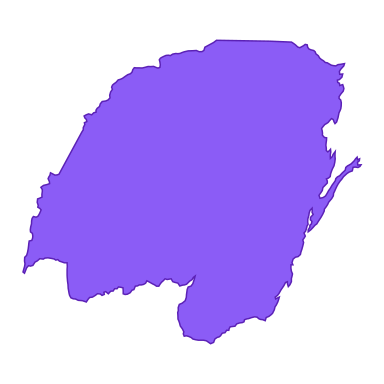 Jaguaribe, Ceará, Brazil (orthographic projection)
{"feature_id": "56859067B94931257092232", "entity_name": "Jaguaribe", "entity_type": "district", "adm_level": 2, "iso_a3": "BRA", "parent_name": "Brazil", "parent_adm1": "Ceará", "projection": "orthographic", "projection_center": [-38.68, -5.978], "detail": "fine", "context": "isolated", "style": "filled", "palette": "violet", "viewbox_px": 384, "rotation_deg": 0, "n_neighbors": 0, "source": "geoboundaries", "source_scale": "gbopen_adm2", "svg_char_len": 5925}
<svg xmlns="http://www.w3.org/2000/svg" viewBox="0 0 384 384"><path d="M265.2,320.7L266.2,317.5L268.9,316.4L271.0,314.8L272.5,313.4L274.3,309.8L275.0,306.9L276.3,305.0L277.8,301.9L278.7,299.3L279.3,297.1L275.6,298.9L275.2,297.1L277.4,295.5L278.9,293.6L281.1,289.7L282.5,287.7L283.9,285.6L285.5,282.5L287.4,281.7L287.4,283.7L288.3,286.6L289.9,284.8L291.4,281.7L291.4,278.5L292.0,276.3L292.5,273.9L291.4,271.2L290.9,268.1L291.0,264.8L292.9,264.8L292.0,262.7L293.1,259.1L295.4,257.2L298.1,256.6L300.4,254.5L300.9,252.1L301.9,249.2L302.8,245.9L303.6,242.5L302.8,239.9L304.3,237.8L305.3,236.1L304.0,233.0L305.5,231.3L306.3,229.0L307.0,226.1L308.1,224.2L307.7,222.2L307.8,219.0L308.8,215.6L309.2,212.9L310.0,210.4L312.1,208.2L312.2,210.5L312.1,212.5L313.2,214.4L310.5,217.4L310.4,219.8L311.9,221.4L311.4,223.9L309.9,225.2L309.8,227.2L308.2,229.9L308.2,231.8L310.7,229.9L313.0,227.5L315.0,225.2L316.8,223.9L318.1,221.7L319.5,219.6L321.0,217.3L322.7,214.3L324.2,211.1L324.4,209.1L326.1,206.9L327.7,204.4L328.6,202.3L330.0,200.6L331.7,198.6L333.3,195.9L333.6,193.2L334.5,191.5L335.4,189.4L336.8,186.4L338.1,184.0L340.1,181.1L341.7,179.3L343.5,176.7L347.1,173.4L349.3,172.0L352.3,170.9L353.1,167.3L355.3,167.1L358.0,167.5L359.9,166.5L361.0,164.8L357.8,165.0L357.5,162.3L359.3,160.8L359.6,158.8L357.5,159.7L357.1,157.2L355.4,159.0L354.3,160.7L351.2,163.8L349.2,165.0L347.5,165.9L345.8,167.4L345.2,170.2L342.2,173.0L339.7,175.7L337.4,176.9L335.8,178.6L335.3,180.7L333.7,183.0L332.2,185.0L330.1,188.6L328.6,190.6L327.1,193.4L325.5,196.0L323.2,197.5L320.0,198.3L319.0,195.3L320.8,192.8L322.3,190.5L322.9,187.5L325.3,185.1L327.3,183.0L327.3,181.0L326.4,178.9L328.4,178.1L330.2,176.6L330.6,173.9L331.4,171.5L332.4,168.9L334.0,165.8L334.8,162.2L335.2,158.8L335.0,156.5L335.0,154.0L335.2,151.6L333.1,154.4L332.3,156.6L330.4,158.4L330.3,156.1L330.4,154.0L330.8,152.1L330.5,149.3L329.3,150.7L327.8,151.9L326.3,150.5L326.3,148.2L325.9,145.3L326.1,143.0L326.5,140.2L326.6,137.8L324.5,137.5L322.4,135.2L322.5,133.1L322.2,130.8L321.6,128.5L323.0,126.6L324.8,124.5L326.6,123.5L328.2,122.4L329.6,120.6L331.5,118.6L333.2,119.5L334.1,122.0L335.0,123.6L336.6,122.0L337.2,120.2L338.0,117.7L339.0,112.8L340.0,110.7L340.8,108.7L341.2,105.9L341.3,102.7L340.7,100.0L339.1,98.5L339.1,96.6L341.0,93.8L343.2,91.2L343.9,88.6L343.4,86.7L342.7,84.6L339.8,85.5L339.4,83.2L337.7,82.4L337.4,80.1L339.4,79.6L341.9,77.2L342.7,74.0L339.7,74.3L339.4,71.4L340.7,69.3L343.8,65.9L344.5,63.6L340.7,64.3L338.0,64.6L335.8,65.9L333.4,65.6L331.4,65.2L329.1,63.9L327.3,62.8L325.3,62.5L323.5,60.8L321.4,59.5L319.7,58.1L318.3,55.7L315.9,53.8L315.1,51.7L313.7,50.5L310.9,49.8L309.0,49.0L307.7,47.3L307.2,44.8L305.2,44.4L303.5,45.7L301.7,46.7L299.8,47.7L297.7,47.0L295.5,44.9L293.5,43.4L291.5,42.1L269.9,41.2L216.5,40.3L213.6,42.5L204.9,47.2L203.9,50.4L202.1,51.6L199.2,51.7L196.3,50.5L193.3,50.7L190.8,50.8L188.1,50.9L184.2,51.8L181.9,52.6L180.1,53.4L177.9,53.7L175.8,53.5L172.7,54.1L170.4,55.6L168.5,55.2L166.1,55.4L164.4,56.1L162.1,57.2L160.4,58.2L159.3,59.8L159.9,61.9L160.3,64.8L159.9,67.4L158.0,68.1L156.2,67.5L153.6,66.4L150.7,66.6L148.1,66.5L145.1,67.3L142.2,68.0L139.3,67.9L136.5,67.9L134.3,67.7L132.8,69.7L132.1,72.0L130.5,73.7L127.7,74.7L125.2,76.4L122.4,78.4L120.4,79.3L118.2,79.9L116.0,82.4L114.1,83.7L112.5,85.1L111.6,87.2L112.4,89.3L110.6,92.0L109.7,95.2L110.0,97.9L108.0,100.0L105.7,101.0L102.2,101.5L100.3,103.8L99.5,106.5L97.2,108.3L96.0,110.2L96.1,112.1L93.7,112.8L91.7,114.8L88.6,113.9L86.2,114.8L84.1,116.0L84.9,118.0L86.4,119.5L86.8,121.6L84.4,122.7L84.8,124.5L83.3,127.5L83.2,129.9L81.8,132.1L62.3,168.1L59.0,174.2L57.2,174.9L54.9,175.1L52.5,173.8L50.5,172.8L49.9,175.3L48.8,177.0L48.1,178.7L49.4,181.6L49.6,183.6L47.2,184.5L43.5,185.4L40.9,187.3L42.3,189.6L42.3,191.5L41.9,194.5L42.0,197.1L39.6,198.2L37.6,198.9L37.2,202.3L38.2,205.3L37.8,207.2L39.8,208.4L41.1,209.9L40.0,212.5L39.1,214.4L37.8,216.4L36.1,217.2L33.4,216.5L32.1,218.4L31.6,220.8L31.5,223.9L30.7,226.9L30.3,229.7L30.5,231.9L32.4,233.4L32.8,236.1L32.6,238.1L31.8,240.4L29.2,241.0L28.8,243.5L28.6,245.6L28.2,248.9L27.5,252.5L26.6,255.4L24.7,257.3L24.5,261.0L25.0,263.9L24.5,266.7L23.9,268.7L23.0,272.0L24.5,273.2L26.6,267.9L28.5,265.7L30.5,266.1L32.9,265.4L35.0,262.1L37.3,260.9L39.8,258.7L43.3,259.1L45.0,258.1L47.9,257.8L51.9,258.5L54.2,259.0L55.8,260.1L57.8,259.6L59.4,261.1L62.1,262.0L64.3,262.8L67.1,262.8L67.3,266.4L67.1,269.1L67.1,275.1L67.2,277.2L67.5,281.1L68.0,284.6L68.2,288.3L69.1,293.5L69.6,295.4L70.9,297.8L73.2,298.8L75.5,299.0L78.2,300.3L82.5,300.7L86.3,302.0L88.0,299.4L89.6,297.5L92.5,297.1L95.3,295.4L97.5,293.7L100.3,294.0L102.0,295.4L104.3,294.4L103.9,292.3L105.7,291.6L108.3,293.8L110.7,291.2L113.2,291.0L114.6,288.7L117.1,288.7L118.4,287.0L120.4,287.2L123.0,287.8L123.2,290.8L123.2,293.8L125.1,294.5L127.4,294.2L130.2,292.7L132.0,290.2L133.9,289.6L135.3,286.2L137.6,285.9L139.3,284.9L141.4,284.9L143.6,284.4L145.6,283.2L146.9,280.8L149.6,282.2L152.8,284.0L154.5,284.8L156.5,286.2L158.8,286.2L160.3,283.8L161.5,282.3L163.3,280.7L165.1,278.8L167.1,279.5L171.1,278.8L172.8,281.7L174.9,282.4L177.9,283.1L179.8,286.0L182.7,285.1L184.6,284.9L186.6,284.2L189.6,281.2L192.0,279.7L193.4,277.4L195.1,276.1L194.2,279.5L192.8,283.7L191.0,286.1L188.2,287.0L187.2,289.4L186.8,292.4L186.5,294.5L186.3,297.4L185.2,300.7L182.3,303.1L179.3,304.4L178.2,307.6L178.3,310.7L177.7,312.5L177.9,315.3L178.0,319.1L178.8,320.9L179.5,322.9L180.3,326.0L182.4,328.9L183.8,331.8L183.3,333.9L184.2,336.2L186.3,335.8L188.6,336.4L191.3,337.6L192.8,339.0L195.5,339.7L198.4,340.2L200.9,340.2L203.4,340.2L206.4,340.8L210.6,343.7L213.6,342.4L214.9,339.0L217.2,337.4L219.1,336.9L220.5,335.8L222.2,333.2L225.0,332.7L226.6,330.3L228.8,330.3L229.2,328.5L230.2,326.8L232.6,326.5L235.0,326.2L236.7,323.9L239.7,322.9L242.3,322.6L244.0,321.8L244.5,319.7L246.8,318.9L248.7,318.6L251.2,317.7L254.7,316.8L257.2,317.2L258.6,318.6L260.3,319.4L262.8,319.7L265.2,320.7Z" fill="#8b5cf6" stroke="#5b21b6" stroke-width="1.5"/></svg>